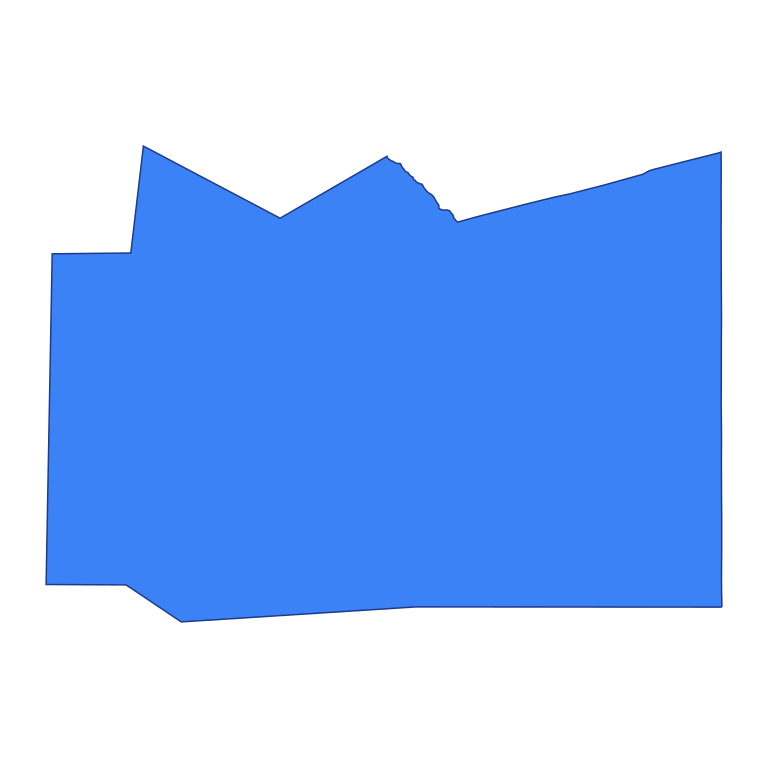 Tin-Essako, Kidal, Mali (Equal Earth projection)
{"feature_id": "8926073B78830545080626", "entity_name": "Tin-Essako", "entity_type": "district", "adm_level": 2, "iso_a3": "MLI", "parent_name": "Mali", "parent_adm1": "Kidal", "projection": "equal_earth", "projection_center": [3.476, 18.561], "detail": "fine", "context": "isolated", "style": "filled", "palette": "blue", "viewbox_px": 768, "rotation_deg": 0, "n_neighbors": 0, "source": "geoboundaries", "source_scale": "gbopen_adm2", "svg_char_len": 1390}
<svg xmlns="http://www.w3.org/2000/svg" viewBox="0 0 768 768"><path d="M721.9,606.5L721.6,592.4L721.5,578.7L721.7,548.9L721.7,519.9L721.5,491.6L721.4,461.6L721.5,433.4L721.2,403.5L721.3,375.0L721.3,345.5L721.5,317.9L721.4,296.4L721.3,289.3L721.2,256.3L721.1,231.2L721.2,203.1L721.1,193.2L721.2,171.7L721.2,167.7L721.1,152.0L718.4,153.0L689.5,160.3L654.0,169.3L649.1,170.8L642.7,174.3L604.0,185.1L569.3,194.0L569.1,194.0L553.3,197.4L526.5,204.0L506.6,209.1L495.2,212.0L476.8,216.8L461.7,221.0L457.4,222.1L455.8,220.3L453.9,218.0L453.1,215.3L450.7,212.3L449.6,210.8L446.9,209.9L443.6,210.1L441.3,209.6L439.7,208.9L439.0,208.4L438.8,207.7L439.0,206.4L438.5,204.6L437.0,202.7L435.3,199.9L434.4,198.0L433.3,196.3L432.2,195.5L431.6,194.6L430.6,194.1L428.8,193.0L427.8,192.3L426.6,191.1L425.6,189.7L424.2,188.1L422.8,185.4L421.9,184.1L421.2,184.0L419.8,183.8L416.6,182.1L414.8,180.1L413.9,179.7L413.3,178.6L412.9,177.1L411.8,176.6L410.2,175.6L409.1,174.3L407.9,172.5L406.7,172.1L405.0,171.0L404.1,169.5L402.7,167.8L401.6,166.5L401.5,165.7L401.0,164.4L400.0,163.5L398.9,163.4L397.2,163.5L395.9,163.1L393.8,161.9L392.5,161.1L391.4,161.0L390.1,159.9L388.4,159.0L387.7,158.0L387.1,156.8L387.1,156.7L387.0,156.3L280.1,218.2L143.4,146.1L130.8,253.0L52.2,253.8L46.1,584.5L126.1,584.9L181.2,621.9L415.6,606.9L720.7,607.1L721.0,607.1L721.9,606.5Z" fill="#3b82f6" stroke="#1e3a8a" stroke-width="1.5"/></svg>